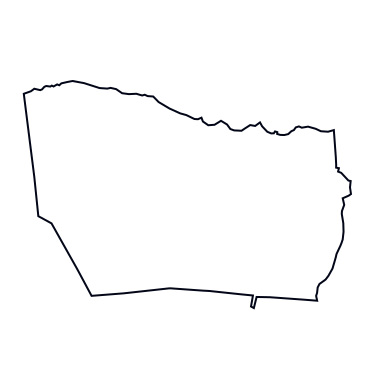 West Honiara, Guadalcanal, Solomon Islands, rotated 355°
{"feature_id": "97153195B79685360325521", "entity_name": "West Honiara", "entity_type": "district", "adm_level": 2, "iso_a3": "SLB", "parent_name": "Solomon Islands", "parent_adm1": "Guadalcanal", "projection": "equal_earth", "projection_center": [159.939, -9.433], "detail": "fine", "context": "isolated", "style": "outline", "palette": "ink", "viewbox_px": 384, "rotation_deg": 355, "n_neighbors": 0, "source": "geoboundaries", "source_scale": "gbopen_adm2", "svg_char_len": 1529}
<svg xmlns="http://www.w3.org/2000/svg" viewBox="0 0 384 384"><g transform="rotate(355 192 192)"><path d="M338.7,142.7L332.8,143.8L325.7,142.7L320.7,139.8L313.3,137.0L307.0,137.5L304.2,136.0L301.0,136.7L298.9,139.2L296.3,140.1L292.9,142.7L288.9,143.3L284.9,142.8L281.9,141.6L282.2,139.8L280.0,138.9L278.6,140.7L275.9,140.5L272.2,138.5L267.6,132.7L265.8,128.6L260.7,131.7L255.8,130.4L249.9,133.5L246.7,135.3L239.3,134.3L235.7,132.6L232.8,127.8L227.1,123.6L220.3,127.0L214.0,126.9L209.0,122.7L207.9,118.8L204.3,120.0L200.8,119.5L193.1,114.9L187.0,112.6L176.9,106.9L166.6,99.5L163.1,95.2L161.7,93.5L156.2,92.6L153.4,91.0L150.8,91.5L147.9,90.4L145.2,89.3L137.7,89.0L131.0,87.5L125.4,82.9L120.0,81.2L116.6,81.6L109.0,80.4L93.9,74.1L82.6,71.0L77.0,71.6L71.3,72.4L69.1,74.1L67.0,73.1L63.3,74.8L61.6,73.8L60.0,74.6L56.0,73.7L54.0,74.4L51.6,76.7L49.7,77.3L43.9,75.4L40.3,77.6L33.0,79.5L33.7,98.2L36.2,162.8L36.8,202.7L49.3,211.0L71.2,259.4L82.9,286.7L115.2,287.0L160.4,286.0L162.3,286.1L194.2,291.2L200.6,292.1L232.4,298.3L243.7,300.4L240.8,311.2L243.5,313.0L247.2,302.2L260.3,303.6L294.0,309.0L307.2,311.2L306.6,306.3L307.8,303.4L308.9,298.0L311.0,294.7L312.7,293.7L317.4,290.9L320.6,287.4L325.3,280.5L329.5,269.7L330.6,266.3L335.2,258.4L336.7,255.4L338.0,252.4L339.5,244.9L340.0,236.2L339.3,227.0L339.7,224.1L342.5,218.1L341.6,211.4L347.8,209.3L350.2,207.9L349.8,201.2L351.0,194.9L348.8,194.2L342.3,185.9L339.3,184.4L340.4,181.1L337.7,180.3L338.0,177.5L338.3,169.9L338.7,142.7Z" fill="none" stroke="#020617" stroke-width="2"/></g></svg>